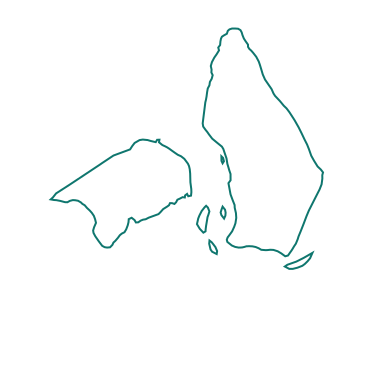 outline of Cajapió, Maranhão, Brazil, rotated 329°
{"feature_id": "56859067B62856742471804", "entity_name": "Cajapió", "entity_type": "district", "adm_level": 2, "iso_a3": "BRA", "parent_name": "Brazil", "parent_adm1": "Maranhão", "projection": "albers", "projection_center": [-44.622, -2.889], "detail": "fine", "context": "isolated", "style": "outline", "palette": "teal", "viewbox_px": 384, "rotation_deg": 329, "n_neighbors": 0, "source": "geoboundaries", "source_scale": "gbopen_adm2", "svg_char_len": 3530}
<svg xmlns="http://www.w3.org/2000/svg" viewBox="0 0 384 384"><g transform="rotate(329 192 192)"><path d="M312.9,73.9L310.5,72.5L307.9,71.9L305.7,72.3L303.4,74.3L299.8,74.2L297.6,74.3L295.8,75.5L293.9,77.6L291.8,80.5L288.9,81.7L288.1,84.5L284.1,86.6L280.3,88.3L276.0,90.9L273.0,93.7L271.8,97.2L270.2,99.5L269.9,102.5L267.2,105.1L264.0,106.9L261.9,109.5L258.8,111.4L256.3,114.3L253.6,117.7L251.5,120.1L249.6,122.0L236.5,138.7L235.3,141.7L235.6,145.6L236.0,148.4L236.2,151.4L236.8,156.7L238.9,162.7L241.0,168.5L241.0,171.3L240.3,174.4L238.9,180.9L236.8,186.1L236.0,189.3L235.1,192.7L234.3,196.4L231.1,201.8L227.8,203.2L223.8,213.9L222.6,220.3L221.8,225.1L220.5,227.5L218.8,232.7L216.6,237.0L213.1,241.2L210.2,243.6L206.1,246.4L201.4,248.4L199.1,249.3L197.2,250.9L196.6,253.0L198.6,258.4L200.7,261.3L203.4,263.7L206.3,265.3L208.4,266.0L210.8,266.6L213.4,268.1L215.8,269.7L218.2,271.9L220.2,274.6L221.6,277.2L225.2,279.8L227.1,280.8L229.3,281.8L232.0,283.6L234.9,286.9L236.9,290.6L238.8,295.1L241.6,295.9L244.9,294.4L247.0,293.5L249.0,292.5L251.6,291.1L254.4,289.8L258.3,286.9L260.4,285.0L265.0,281.6L271.0,277.0L277.7,271.7L282.6,268.1L293.9,261.0L302.7,255.5L307.0,252.2L310.6,247.7L312.4,244.6L314.4,242.7L314.0,239.1L312.8,234.8L312.7,228.1L312.9,222.3L314.3,215.5L315.1,210.6L315.5,205.0L316.2,197.9L316.7,191.5L316.9,183.2L316.6,173.8L316.1,169.0L315.1,165.3L314.2,159.3L312.7,152.4L312.6,149.6L313.2,144.8L312.8,138.2L312.5,133.2L313.2,127.7L314.5,122.7L315.7,117.9L316.4,114.6L316.7,109.2L316.1,104.2L315.6,101.4L314.8,98.7L314.8,96.4L315.9,94.5L315.6,90.5L315.5,87.1L316.1,83.4L316.8,80.8L316.9,78.2L315.6,75.8L312.9,73.9ZM67.1,125.6L69.6,127.8L71.5,129.1L74.4,131.7L77.9,135.3L79.9,136.6L82.7,136.7L85.5,137.5L87.4,138.7L89.8,140.8L91.4,143.7L91.9,145.7L93.2,148.1L93.8,151.7L94.8,155.1L95.4,158.3L95.6,161.9L94.9,165.5L93.8,169.0L89.9,171.8L87.4,174.1L86.5,176.4L86.3,180.1L86.7,186.2L87.3,191.9L88.7,194.3L90.6,195.9L93.3,197.2L96.6,196.3L98.6,194.9L101.1,194.4L105.0,193.1L107.8,191.9L110.3,191.5L113.4,191.7L116.4,190.1L119.7,187.5L122.0,185.2L123.8,182.7L127.0,183.0L128.3,186.5L128.2,189.2L130.3,190.3L133.3,190.1L135.8,190.5L138.3,191.5L141.6,191.7L148.3,193.0L151.9,193.7L154.7,193.0L158.5,191.8L163.2,191.7L165.5,191.5L167.4,190.2L169.3,191.4L170.8,193.2L173.1,192.6L175.5,191.1L178.1,191.4L181.3,191.6L183.0,193.0L184.3,191.4L186.8,191.1L186.6,193.7L189.3,194.6L191.4,191.8L192.9,189.1L195.6,182.9L199.9,175.3L201.8,171.3L202.8,168.2L203.1,165.6L202.5,159.6L201.0,155.7L199.0,152.8L197.5,149.5L196.1,146.3L194.8,143.2L193.5,140.6L192.3,138.7L190.8,136.5L189.3,132.4L191.0,130.4L189.0,129.3L186.6,130.6L182.8,126.9L180.7,124.6L176.8,121.7L173.8,120.5L168.1,120.4L164.3,121.9L160.9,123.6L143.5,120.3L130.0,120.9L126.9,121.1L91.0,122.7L74.8,123.2L70.0,125.0L67.1,125.6ZM183.3,232.7L184.8,230.6L186.7,228.2L190.3,224.0L192.4,221.5L194.4,219.9L196.9,217.6L197.6,213.5L197.0,211.1L194.9,211.6L190.5,213.3L186.2,216.0L183.7,217.9L179.7,222.1L179.7,227.5L180.8,232.7L183.3,232.7ZM259.1,309.6L263.9,306.2L253.9,306.0L245.6,305.4L236.3,303.5L233.2,303.7L235.7,307.9L238.8,309.8L241.1,310.5L243.4,311.2L248.6,312.1L251.6,311.8L255.4,310.9L259.1,309.6ZM183.1,255.6L183.7,251.3L183.3,247.5L183.0,245.2L182.0,242.6L180.1,245.2L178.3,250.8L178.5,253.6L179.6,255.3L181.2,257.9L183.1,255.6ZM208.4,229.5L210.2,227.0L211.2,224.2L210.7,220.3L208.2,222.3L206.0,224.3L205.3,227.0L205.8,231.3L208.4,229.5ZM235.2,182.1L236.2,178.8L235.6,176.5L233.3,180.5L233.0,183.2L235.2,182.1Z" fill="none" stroke="#0f766e" stroke-width="2"/></g></svg>